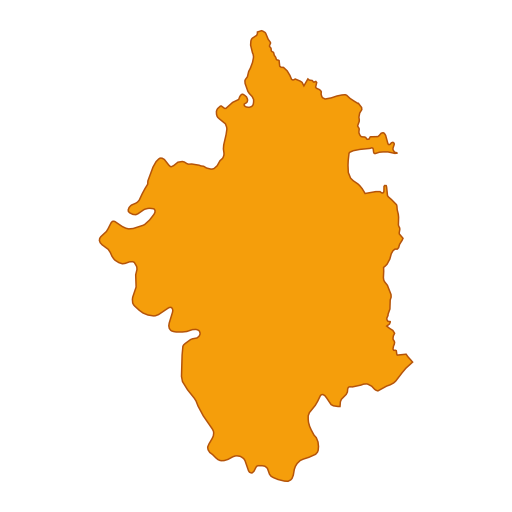 the district of Hiep Hoa, Bắc Giang, Vietnam
{"feature_id": "81297802B61782089337393", "entity_name": "Hiep Hoa", "entity_type": "district", "adm_level": 2, "iso_a3": "VNM", "parent_name": "Vietnam", "parent_adm1": "Bắc Giang", "projection": "orthographic", "projection_center": [105.967, 21.33], "detail": "fine", "context": "isolated", "style": "filled", "palette": "amber", "viewbox_px": 512, "rotation_deg": 0, "n_neighbors": 0, "source": "geoboundaries", "source_scale": "gbopen_adm2", "svg_char_len": 6044}
<svg xmlns="http://www.w3.org/2000/svg" viewBox="0 0 512 512"><path d="M358.4,103.3L358.0,103.5L354.1,101.1L350.0,98.4L346.6,95.2L345.1,94.7L341.7,95.0L336.9,96.0L331.2,97.9L325.1,99.0L322.7,97.8L321.8,96.6L321.1,94.1L321.3,91.8L320.6,90.6L319.4,89.6L316.4,88.2L315.6,87.2L316.7,82.5L315.8,81.4L314.1,82.1L313.5,82.0L312.2,80.5L309.3,80.1L307.9,78.9L303.9,85.9L302.1,82.4L300.2,81.1L295.2,79.0L293.8,79.8L292.9,80.0L291.6,79.4L289.9,75.4L287.2,70.9L283.5,67.4L281.1,67.3L279.7,66.2L279.1,60.6L278.4,60.2L277.0,59.9L276.3,59.3L275.7,57.3L274.3,55.3L273.6,52.6L273.1,52.1L271.7,51.4L271.3,50.7L271.0,48.2L269.5,46.4L269.6,45.3L270.6,43.0L270.1,41.9L268.2,39.3L265.7,33.3L265.1,32.5L262.8,31.1L261.5,30.7L257.4,32.0L257.4,33.5L256.7,35.3L252.3,38.2L251.5,39.2L250.9,40.9L250.6,45.1L252.5,52.9L253.1,54.2L253.5,56.6L253.4,58.1L252.5,62.5L250.4,68.1L248.7,71.4L247.4,76.8L245.4,79.5L244.9,80.8L245.1,83.5L247.9,91.4L249.3,93.5L252.2,96.6L253.6,99.5L253.6,102.0L253.2,104.5L252.4,105.8L251.4,106.6L249.1,107.4L246.3,107.0L244.7,106.1L244.1,105.0L244.3,104.0L246.2,102.9L247.2,101.9L247.6,100.1L247.4,99.0L246.5,96.9L245.0,95.6L243.6,94.6L242.6,94.2L241.9,94.3L240.6,95.3L239.6,97.0L238.9,99.0L238.4,99.6L232.6,102.4L225.9,108.4L224.6,108.4L221.3,106.0L220.4,106.1L217.6,108.6L216.8,110.1L216.4,111.5L216.5,114.2L217.1,116.3L217.8,117.4L219.4,118.9L225.4,123.8L226.6,127.0L226.9,129.0L226.1,134.5L223.7,145.0L223.4,148.9L224.0,153.3L223.9,155.2L223.1,157.5L222.4,158.5L220.0,160.7L217.2,165.7L214.1,168.5L212.1,169.1L210.9,169.1L206.5,168.0L203.7,166.3L200.9,165.9L199.1,165.2L191.7,164.0L188.5,164.2L186.9,163.6L184.3,162.0L182.3,161.5L177.9,162.2L173.8,165.5L171.7,166.6L171.0,166.7L170.3,166.5L168.8,165.1L164.4,159.5L162.1,158.2L160.1,158.1L158.7,159.0L156.1,161.6L153.0,167.1L147.9,180.9L147.7,184.2L145.1,188.4L142.3,193.6L139.2,200.2L137.5,202.1L135.8,203.2L131.6,205.0L130.7,205.7L129.1,207.5L128.2,209.9L128.4,211.5L129.8,212.9L132.9,214.4L135.8,214.7L137.9,213.8L143.8,209.7L145.2,209.1L148.0,208.4L149.9,208.3L153.2,208.7L154.0,208.9L155.0,210.3L155.0,212.2L154.0,214.3L149.6,220.0L144.7,224.5L143.1,225.3L133.2,228.5L128.7,228.9L125.8,228.2L122.2,226.5L115.0,221.6L113.8,221.2L112.4,221.4L111.2,222.6L108.1,228.7L106.4,231.5L100.9,236.6L99.7,238.4L99.4,240.5L100.2,242.7L102.1,244.8L108.2,249.3L110.3,252.5L112.0,256.3L113.7,258.8L115.0,260.2L118.8,262.6L122.4,263.8L125.2,263.4L129.6,261.8L132.8,261.7L134.3,262.4L136.3,265.8L136.8,267.0L137.0,269.3L135.7,274.8L136.1,287.1L132.7,297.2L132.4,299.4L132.7,303.0L133.6,304.8L134.6,306.0L139.4,310.4L143.0,313.0L147.9,315.0L153.5,315.9L155.3,315.8L158.5,314.6L167.7,308.4L169.0,307.6L170.9,307.3L171.8,307.9L172.5,309.0L172.8,310.6L172.5,312.3L169.2,323.1L168.8,325.8L169.3,328.4L170.7,330.3L171.8,331.0L173.8,331.6L176.3,332.0L182.2,332.0L186.8,331.5L192.4,329.6L195.9,329.4L197.4,329.8L198.6,330.4L199.4,331.1L200.1,333.1L200.0,334.3L199.4,335.7L198.7,336.6L196.9,338.0L192.5,338.8L190.5,339.6L185.2,343.5L183.6,345.0L182.9,346.3L182.1,355.0L181.5,376.4L182.5,381.6L187.5,389.7L194.3,398.2L196.0,400.9L198.1,406.2L203.3,415.9L212.4,429.1L213.4,431.1L213.7,433.0L213.3,436.0L212.1,438.6L209.0,443.9L207.8,446.7L207.7,447.5L208.1,449.8L209.8,452.5L212.5,454.5L215.8,457.8L218.0,459.6L220.1,460.5L221.5,460.7L224.1,460.6L228.0,459.4L232.8,456.8L235.1,456.0L236.8,455.8L240.1,456.3L241.6,457.1L243.7,458.6L245.0,460.6L248.5,470.7L249.5,472.2L250.9,472.8L251.9,473.0L252.5,472.6L254.0,471.2L256.0,467.2L257.1,466.0L258.1,465.7L262.2,465.7L264.8,466.2L266.7,467.6L267.5,468.6L269.5,474.2L271.1,476.3L273.4,477.6L278.0,479.5L284.5,481.1L288.0,481.3L290.7,479.9L292.0,478.5L293.3,475.2L294.3,469.4L295.4,466.3L297.2,463.4L300.2,460.5L303.3,459.1L308.9,457.3L315.6,454.3L317.5,452.1L318.2,450.1L318.5,446.5L318.0,442.0L316.3,437.7L314.0,435.1L311.2,429.9L309.6,426.3L308.5,422.3L308.2,419.3L308.2,415.8L309.4,412.6L315.3,405.3L317.7,401.2L320.3,395.8L320.8,395.2L321.5,394.7L322.9,394.5L324.8,395.6L326.6,397.9L331.1,404.6L333.4,405.8L337.9,406.5L340.0,406.5L340.4,401.7L341.4,399.3L346.2,394.4L347.4,392.0L347.7,388.8L348.1,387.8L348.9,387.0L349.6,386.8L352.5,386.9L360.9,385.1L363.6,384.1L366.7,383.9L367.9,384.2L371.7,386.2L374.6,389.3L376.1,390.3L377.9,390.9L386.6,386.1L390.2,384.8L393.7,382.9L395.7,381.1L402.2,372.6L405.9,368.2L412.6,362.1L407.8,356.6L406.1,354.2L397.3,355.1L396.8,354.3L396.3,350.7L395.6,350.3L393.8,350.3L393.1,349.4L393.0,348.9L393.5,346.1L394.3,344.2L394.6,342.3L394.2,341.1L393.1,339.4L393.0,338.0L393.4,335.8L394.6,333.3L392.8,330.4L389.6,328.4L386.7,326.1L389.5,324.0L390.2,322.2L390.2,321.6L387.9,321.3L386.9,319.7L386.8,318.1L388.0,315.6L388.1,314.1L389.9,309.0L390.2,300.0L391.1,297.2L391.1,296.2L391.0,294.5L387.4,285.3L384.7,281.9L383.8,280.3L383.4,277.7L383.7,271.3L383.6,267.4L385.1,266.2L387.0,264.3L389.8,259.1L391.3,253.7L393.0,250.7L395.0,249.1L397.3,249.1L398.6,247.7L399.6,244.3L402.1,240.3L403.0,238.3L399.3,233.9L399.2,232.9L399.8,229.5L399.7,228.0L398.7,226.1L398.4,224.8L398.6,217.3L398.3,214.3L397.2,209.8L396.9,206.1L396.5,204.7L391.6,199.7L388.3,196.8L387.5,195.6L386.6,187.0L386.2,185.6L384.7,185.5L384.0,186.4L383.9,191.6L383.5,192.4L382.8,193.0L381.5,192.8L380.0,191.6L375.8,191.6L365.1,193.5L362.2,188.7L359.7,185.6L358.0,184.0L353.3,180.8L350.6,178.2L348.3,172.5L348.0,165.3L348.2,160.6L349.0,153.3L349.7,152.3L353.3,150.7L359.9,149.4L370.0,148.4L371.8,147.8L372.8,148.2L373.2,148.9L373.6,152.1L374.0,153.1L374.5,153.5L375.1,153.6L379.4,152.2L383.4,151.9L387.9,151.9L394.8,153.4L396.9,153.2L396.8,152.7L395.1,152.4L394.1,151.6L393.0,149.7L393.0,148.1L394.2,144.5L394.2,143.7L393.8,142.9L392.9,142.3L391.4,142.8L390.1,144.3L389.4,144.6L388.5,144.5L387.9,143.6L385.6,135.3L384.3,133.3L383.1,132.7L381.2,133.2L379.3,135.4L377.9,136.6L370.3,136.8L368.9,139.2L367.1,139.3L365.7,137.5L364.7,137.0L361.8,136.8L360.9,136.4L359.9,135.1L359.1,133.3L358.9,132.2L359.2,129.1L359.0,128.3L357.7,126.2L357.7,125.6L359.2,121.5L359.3,119.8L358.9,117.2L359.7,113.0L361.8,109.6L361.6,107.5L358.4,103.3Z" fill="#f59e0b" stroke="#b45309" stroke-width="1.5"/></svg>